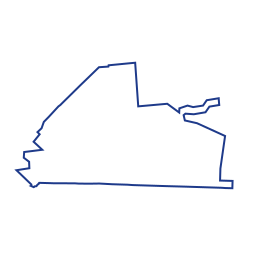 Carroll, New Hampshire, United States of America, rotated 94°
{"feature_id": "52423323B18021300180262", "entity_name": "Carroll", "entity_type": "district", "adm_level": 2, "iso_a3": "USA", "parent_name": "United States of America", "parent_adm1": "New Hampshire", "projection": "natural_earth1", "projection_center": [-71.154, 43.884], "detail": "fine", "context": "isolated", "style": "outline", "palette": "blue", "viewbox_px": 256, "rotation_deg": 94, "n_neighbors": 0, "source": "geoboundaries", "source_scale": "gbopen_adm2", "svg_char_len": 1073}
<svg xmlns="http://www.w3.org/2000/svg" viewBox="0 0 256 256"><g transform="rotate(94 128 128)"><path d="M185.4,152.7L185.2,140.0L184.8,129.7L184.6,124.6L184.6,119.2L183.3,85.5L182.7,71.5L182.7,71.4L182.5,66.7L181.1,30.3L181.1,26.8L181.1,26.7L180.8,19.7L173.5,20.0L174.0,32.5L162.0,33.0L129.2,30.6L118.4,59.5L116.5,71.8L111.3,73.4L109.7,71.7L109.7,63.3L106.9,51.8L101.0,48.3L98.7,38.6L94.3,39.3L92.0,39.6L94.8,51.4L100.4,54.7L102.6,64.5L101.5,70.2L104.8,78.1L109.0,78.0L101.1,90.5L102.0,96.2L105.7,119.3L62.4,125.4L63.2,130.3L66.8,151.7L68.1,151.9L69.4,161.2L89.0,178.8L109.4,196.8L109.6,196.9L111.3,198.9L122.4,207.8L127.8,212.4L134.3,214.2L138.4,218.0L140.4,215.7L148.3,221.2L155.7,212.0L159.2,229.9L164.9,229.9L168.6,224.3L175.0,223.6L177.9,236.3L191.1,220.5L192.5,220.4L192.6,220.6L193.6,217.9L193.4,217.6L193.1,217.5L192.7,217.0L192.5,215.5L192.2,215.1L191.3,214.7L189.8,213.1L189.5,213.2L188.9,212.7L188.4,200.8L188.3,197.9L186.9,177.4L186.9,177.1L186.9,174.4L186.9,173.6L186.3,163.3L185.4,152.7L185.4,152.7Z" fill="none" stroke="#1e3a8a" stroke-width="2"/></g></svg>